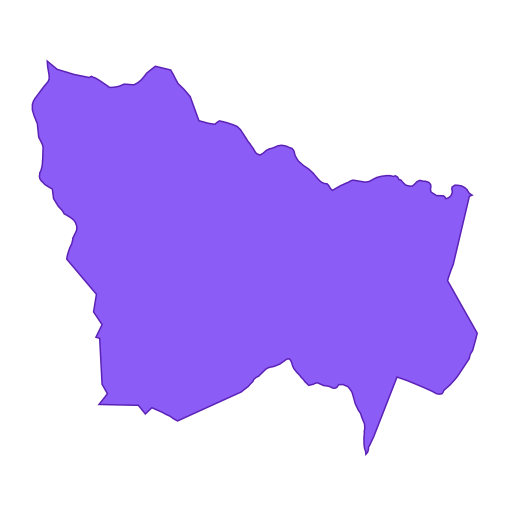 Santiago Tlazoyaltepec, Oaxaca, Mexico, rotated 178°
{"feature_id": "50627088B24717754515407", "entity_name": "Santiago Tlazoyaltepec", "entity_type": "district", "adm_level": 2, "iso_a3": "MEX", "parent_name": "Mexico", "parent_adm1": "Oaxaca", "projection": "albers", "projection_center": [-96.974, 17.027], "detail": "fine", "context": "isolated", "style": "filled", "palette": "violet", "viewbox_px": 512, "rotation_deg": 178, "n_neighbors": 0, "source": "geoboundaries", "source_scale": "gbopen_adm2", "svg_char_len": 3932}
<svg xmlns="http://www.w3.org/2000/svg" viewBox="0 0 512 512"><g transform="rotate(178 256 256)"><path d="M372.1,102.0L365.4,108.0L355.2,103.1L351.9,101.1L347.5,98.9L344.5,96.5L340.2,93.9L275.2,120.8L273.5,122.2L271.1,123.9L268.4,125.8L265.9,128.5L263.5,130.7L262.5,132.8L259.9,134.8L257.5,135.8L255.3,137.9L252.9,140.0L250.8,142.0L248.6,143.5L245.7,144.4L242.9,144.8L241.3,145.2L235.9,147.2L233.0,149.1L231.0,150.4L228.8,151.9L226.1,152.0L225.0,150.4L224.0,147.9L223.2,144.7L222.0,142.0L219.1,138.1L216.6,135.4L214.9,133.0L213.0,131.0L211.4,128.6L209.3,126.4L207.8,124.9L203.6,125.7L201.2,126.7L199.1,127.2L193.0,124.2L189.4,123.6L186.9,122.9L184.1,121.4L181.8,121.1L180.0,121.7L178.3,123.9L177.8,124.5L173.5,124.5L171.7,123.6L169.2,122.5L168.2,121.6L166.1,118.7L164.7,116.2L163.6,111.8L163.0,109.3L162.3,106.3L161.6,104.0L159.0,98.2L157.0,95.1L156.1,91.8L154.7,87.7L153.9,85.9L153.4,84.1L153.3,79.7L154.0,76.7L153.9,75.2L154.5,70.4L154.5,68.6L154.6,64.4L154.3,60.4L153.2,56.4L153.1,54.0L152.5,54.6L151.2,56.2L150.4,58.7L150.1,61.3L149.3,62.4L144.8,71.0L119.3,130.1L109.5,126.3L100.6,122.3L92.9,118.7L84.8,114.7L80.6,112.2L77.7,111.5L75.1,111.8L74.1,112.9L72.9,115.2L69.5,118.0L66.8,120.2L61.9,125.2L58.9,128.6L49.6,141.6L46.5,146.0L45.5,149.9L42.8,154.1L39.3,165.1L37.6,171.1L65.4,224.6L64.5,227.6L61.5,235.3L59.2,240.6L40.7,308.2L37.9,309.3L39.2,310.1L41.0,311.7L42.9,315.1L45.3,317.3L48.2,318.9L51.7,319.6L54.6,319.9L57.5,318.2L58.0,316.3L57.6,313.9L57.7,312.4L58.9,309.7L60.4,308.2L62.7,307.0L64.4,306.7L65.3,308.6L66.6,309.6L70.6,309.9L73.7,310.1L75.3,311.4L77.5,312.8L79.0,314.1L79.3,316.7L78.8,319.0L79.0,321.3L80.6,323.5L84.0,324.8L86.3,324.9L89.6,325.9L92.5,324.7L95.4,321.9L97.5,320.3L100.9,320.7L103.8,321.6L106.0,323.7L107.5,325.5L108.7,327.0L110.3,327.2L111.7,329.9L113.9,331.3L116.1,330.7L118.8,331.6L122.3,331.8L127.9,331.3L132.5,330.3L136.0,328.7L139.9,326.7L142.0,326.2L144.7,326.1L152.2,327.6L156.2,328.4L157.2,328.3L159.3,327.5L161.4,326.3L163.4,325.7L166.6,324.3L168.9,323.4L177.4,318.9L178.2,319.7L179.6,321.4L180.2,322.7L181.0,324.1L182.5,325.7L185.3,326.1L187.7,327.3L189.3,328.6L191.4,330.9L194.1,334.3L195.9,336.7L198.1,338.9L199.9,340.7L201.6,342.0L205.4,344.7L210.2,349.3L211.7,351.7L213.4,355.0L213.9,357.4L214.5,359.8L216.1,362.2L219.1,363.3L221.3,364.5L223.5,365.2L226.8,365.8L230.4,365.3L235.0,363.5L236.7,363.0L239.0,362.6L242.0,361.2L245.0,358.7L248.5,356.7L252.0,358.4L253.5,360.6L255.0,363.5L256.9,366.3L258.0,368.2L259.9,370.7L263.7,377.2L267.2,382.9L270.4,386.2L273.9,387.8L280.0,390.1L285.0,391.6L287.9,392.3L290.1,391.0L292.5,389.1L298.6,390.2L308.3,393.2L311.4,402.7L316.2,417.6L322.0,424.9L327.9,431.1L330.5,436.3L332.6,440.8L334.8,444.9L350.0,449.1L358.6,442.8L362.3,438.4L364.8,435.8L367.9,433.4L372.1,431.3L381.7,432.4L386.9,430.4L390.6,429.8L394.0,429.5L396.9,429.7L398.1,430.9L406.3,436.9L408.4,438.3L410.5,439.6L411.9,440.0L414.2,441.3L416.5,440.2L431.5,443.8L448.2,449.5L457.8,458.0L457.6,452.4L456.5,444.2L456.5,440.3L457.6,437.7L460.2,434.8L463.6,430.9L468.9,424.2L471.2,421.4L473.0,418.6L474.2,415.3L474.4,409.8L472.9,404.0L469.9,395.8L469.0,382.2L467.3,378.7L465.4,374.4L465.0,371.9L465.3,367.5L465.7,361.1L466.0,359.0L466.2,356.3L466.4,354.6L466.9,352.3L467.4,350.7L467.7,349.7L468.2,348.3L469.1,346.9L469.7,343.0L469.3,340.8L467.8,338.3L466.1,336.6L464.5,334.8L462.1,333.1L459.9,331.7L457.2,330.0L456.9,326.8L456.6,323.3L456.3,320.4L454.8,317.8L452.9,314.4L451.7,312.4L450.1,310.6L448.6,308.9L447.1,306.6L446.2,304.8L444.2,303.7L442.1,302.3L440.7,301.4L438.4,299.6L436.5,297.8L435.3,295.8L434.6,293.7L434.0,291.5L434.4,288.0L435.7,285.3L436.7,283.6L437.6,281.6L438.4,280.5L438.7,278.2L439.1,276.9L439.8,274.5L440.9,272.5L442.0,270.2L443.1,267.4L444.2,264.2L444.9,261.6L445.2,259.4L416.8,223.3L420.3,205.8L412.2,192.8L418.8,180.4L415.1,179.2L414.3,133.2L409.3,123.6L411.8,120.5L418.1,113.1L378.8,110.9L372.1,102.0Z" fill="#8b5cf6" stroke="#5b21b6" stroke-width="1.5"/></g></svg>